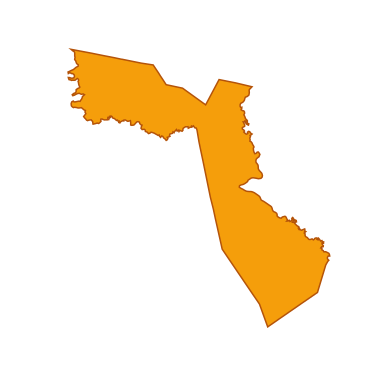 outline of Santa Helena, Maranhão, Brazil, rotated 102°
{"feature_id": "56859067B36614364399438", "entity_name": "Santa Helena", "entity_type": "district", "adm_level": 2, "iso_a3": "BRA", "parent_name": "Brazil", "parent_adm1": "Maranhão", "projection": "albers", "projection_center": [-45.434, -2.467], "detail": "fine", "context": "isolated", "style": "filled", "palette": "amber", "viewbox_px": 384, "rotation_deg": 102, "n_neighbors": 0, "source": "geoboundaries", "source_scale": "gbopen_adm2", "svg_char_len": 6015}
<svg xmlns="http://www.w3.org/2000/svg" viewBox="0 0 384 384"><g transform="rotate(102 192 192)"><path d="M77.6,340.0L78.4,338.5L78.9,337.6L79.0,336.6L80.2,335.7L81.9,335.3L83.4,335.0L84.5,334.4L85.6,334.4L86.9,334.3L87.9,333.0L89.2,332.3L90.4,331.5L91.2,329.7L92.6,329.5L94.2,331.4L95.1,332.1L96.2,332.9L97.2,333.9L98.0,335.1L99.5,337.0L100.4,338.2L101.8,337.6L101.0,336.9L100.8,335.6L101.2,334.5L101.0,333.4L101.7,331.8L103.1,331.0L104.8,331.2L105.6,332.8L105.8,334.2L105.5,335.3L105.7,336.8L106.7,336.3L107.7,335.6L107.6,334.3L107.9,333.0L107.4,331.9L107.3,330.7L106.8,329.4L105.5,328.5L104.8,327.8L105.4,326.5L106.4,326.1L107.7,326.4L108.7,325.7L109.8,325.4L111.5,324.5L112.7,323.5L113.7,324.1L114.5,325.3L116.0,326.6L117.8,326.2L119.1,326.6L120.3,328.3L121.8,329.4L122.6,328.6L121.7,327.1L120.9,326.2L120.0,325.1L119.3,323.9L118.9,322.6L119.3,321.3L119.4,320.3L118.7,318.9L119.2,317.4L121.4,319.0L122.5,319.0L124.1,319.3L125.5,320.0L126.6,320.3L126.7,321.7L127.3,323.1L128.0,324.6L128.4,326.1L127.7,327.1L128.9,328.4L130.8,328.6L132.8,327.9L133.6,326.8L134.1,325.6L133.6,324.7L133.4,322.8L133.5,321.4L133.4,320.3L133.1,319.4L132.5,317.7L134.2,314.6L134.4,313.2L136.0,313.3L137.5,312.1L140.7,313.7L141.9,312.4L142.4,311.5L143.6,310.1L143.9,309.0L143.1,307.7L142.4,305.6L143.9,303.7L145.1,303.4L146.2,302.9L145.2,300.7L144.3,299.1L144.4,297.5L143.1,296.5L141.8,295.7L140.7,296.2L139.7,296.3L139.3,295.1L139.6,293.9L139.7,292.7L139.3,291.1L139.0,289.7L138.5,288.6L137.6,289.7L136.5,289.8L136.1,288.8L136.9,288.1L135.9,287.3L135.0,288.1L134.5,287.0L134.9,285.8L135.8,285.3L136.3,284.4L136.2,283.3L137.0,281.9L137.7,280.8L137.2,279.8L138.1,279.0L137.8,278.1L139.2,278.1L139.4,276.9L138.2,276.5L137.4,275.4L136.6,274.6L136.7,273.5L135.7,273.5L135.4,272.1L136.0,270.5L136.2,269.4L135.7,268.4L135.0,267.1L136.3,266.6L137.4,266.3L139.2,265.9L139.3,264.8L138.6,262.8L136.9,261.7L135.6,261.0L134.8,260.4L134.4,259.4L134.6,258.0L135.9,257.3L136.8,256.2L137.0,254.8L138.6,255.1L140.3,255.1L141.3,253.7L140.9,252.7L140.6,251.6L141.3,250.5L142.5,250.2L142.7,248.4L143.9,246.7L143.3,245.5L142.0,244.5L142.1,242.5L142.4,240.9L142.9,239.4L143.2,238.3L143.7,236.9L143.0,236.0L144.2,235.3L145.1,234.1L143.5,233.3L143.7,232.1L145.0,231.0L145.5,229.7L146.9,228.0L146.1,227.1L144.7,226.7L143.7,227.6L142.9,226.1L142.1,225.1L141.3,225.8L139.9,225.7L139.2,224.3L138.7,223.3L137.1,223.1L137.7,221.9L136.7,221.7L135.5,221.0L134.1,220.2L135.5,219.2L134.4,218.2L135.6,217.3L134.2,216.8L134.5,215.8L134.6,214.3L133.5,213.7L132.4,214.0L131.3,213.7L130.5,212.9L129.5,211.9L129.3,210.6L128.9,209.5L130.4,208.9L129.8,208.1L129.0,207.2L128.7,205.9L127.6,206.1L127.9,205.0L127.0,204.4L127.9,203.4L128.7,202.4L128.5,201.3L129.5,200.5L130.6,199.9L141.5,195.6L147.7,192.9L159.4,187.7L193.4,172.9L204.2,167.6L213.2,163.6L227.6,157.0L241.6,150.6L247.2,144.8L254.5,137.2L256.9,134.7L262.2,129.2L279.3,111.4L287.6,102.7L308.2,89.9L298.6,80.9L279.4,62.8L264.2,48.4L235.6,46.0L231.7,44.8L230.3,44.0L229.5,45.3L228.5,45.9L227.5,45.9L226.3,45.4L226.0,44.0L224.9,44.4L223.6,45.3L223.2,46.4L222.9,47.6L222.6,48.8L223.1,50.5L222.0,51.5L221.6,52.9L220.1,53.2L220.0,54.4L218.6,53.8L218.2,52.3L217.2,52.4L216.4,53.6L215.0,54.2L214.8,52.7L213.4,52.9L213.7,54.0L212.5,54.8L213.2,56.1L212.0,57.2L211.0,58.5L212.6,58.7L212.4,59.9L211.1,59.6L211.1,61.1L211.9,62.3L212.9,62.6L213.6,63.4L212.9,64.8L213.8,66.3L214.1,67.6L213.6,68.5L212.6,69.7L212.3,70.8L211.9,71.7L210.9,72.4L209.4,72.7L208.8,73.7L207.1,72.5L207.0,73.7L205.8,73.6L204.7,74.1L205.8,75.8L206.6,76.8L206.4,78.3L206.4,79.5L205.4,79.2L205.1,80.5L204.1,80.0L203.5,81.1L203.2,82.2L202.5,83.3L201.4,84.9L200.0,84.7L200.6,85.8L200.7,87.4L199.4,86.9L198.0,86.6L196.8,87.2L196.0,88.2L197.0,88.9L198.1,87.7L198.6,88.7L199.7,88.9L200.5,90.1L199.5,90.8L200.2,91.7L200.7,93.2L199.5,92.6L198.9,93.4L197.8,94.2L196.9,94.9L196.4,96.0L197.1,97.4L197.7,98.5L199.0,99.2L199.1,100.7L198.7,102.3L197.7,103.8L196.5,104.0L195.3,104.7L194.6,106.1L194.3,107.7L193.8,108.7L192.7,109.6L191.2,110.3L190.0,111.2L189.4,112.2L188.9,113.5L187.1,117.8L186.2,120.1L185.8,121.7L185.3,122.8L184.4,123.4L183.2,124.2L182.3,125.0L181.5,126.6L179.8,130.7L179.5,132.0L179.3,133.3L179.3,134.5L179.6,136.0L179.8,137.5L179.9,138.8L179.6,140.3L179.3,141.3L178.7,142.9L178.3,144.6L177.9,145.8L177.4,146.8L175.9,146.8L174.9,145.5L174.4,144.4L173.8,143.3L172.7,142.0L171.3,140.7L170.2,139.8L168.9,139.7L166.1,137.0L165.4,135.3L165.2,132.2L165.2,129.7L164.3,127.4L162.9,126.5L161.4,126.5L160.3,127.0L159.2,127.6L158.5,128.5L157.8,129.5L157.0,130.6L156.0,131.6L155.1,132.1L153.8,132.4L152.0,133.0L150.6,134.4L149.9,135.4L148.4,136.0L146.6,136.0L145.2,135.2L143.6,133.8L142.1,133.6L141.1,133.4L140.2,134.2L139.1,135.4L139.4,136.5L140.8,137.2L141.5,138.5L140.2,139.6L138.7,140.4L137.2,140.9L136.2,141.1L135.1,140.7L134.0,141.5L132.8,142.7L131.7,143.3L130.4,144.9L130.2,146.0L128.8,146.0L127.2,146.7L125.7,146.3L124.6,147.0L123.8,146.0L122.8,145.3L122.4,146.5L121.8,147.3L121.0,148.1L120.9,149.2L122.0,150.2L123.2,149.6L124.1,150.7L123.9,151.7L122.6,153.8L121.5,153.3L120.5,154.3L120.1,155.7L118.9,156.2L117.9,155.5L116.9,154.2L115.9,154.3L114.8,154.9L113.7,155.7L112.8,156.5L112.6,155.5L111.6,155.3L111.3,154.1L112.9,154.0L114.0,153.2L114.6,151.9L114.8,150.7L113.5,150.6L113.2,152.0L112.1,152.5L110.9,152.6L110.0,153.5L109.2,154.9L107.9,155.6L106.6,156.5L105.7,157.3L104.1,156.9L102.8,157.3L101.9,158.2L101.9,159.6L101.3,161.1L99.9,160.7L98.7,160.9L99.2,162.0L98.1,162.8L96.6,163.1L95.2,162.8L94.3,161.7L93.4,160.8L92.3,160.2L91.1,159.8L89.6,159.8L88.1,159.5L87.3,158.1L85.6,156.6L84.3,156.5L82.4,156.7L81.4,157.1L80.2,157.3L79.3,156.9L78.1,156.1L76.6,155.2L76.2,171.9L76.4,188.9L102.3,196.3L103.9,196.8L103.3,198.1L102.8,199.3L94.6,217.9L92.4,222.8L92.4,224.0L92.4,227.7L92.4,230.9L92.4,239.6L87.6,244.4L84.9,247.2L82.8,249.2L75.8,256.4L76.5,268.3L76.7,287.8L76.8,288.9L76.8,296.2L77.0,307.4L77.1,316.8L77.1,318.4L77.6,340.0ZM200.0,84.7L199.5,83.6L198.2,84.1L197.9,85.3L199.2,85.3L200.0,84.7Z" fill="#f59e0b" stroke="#b45309" stroke-width="1.5"/></g></svg>